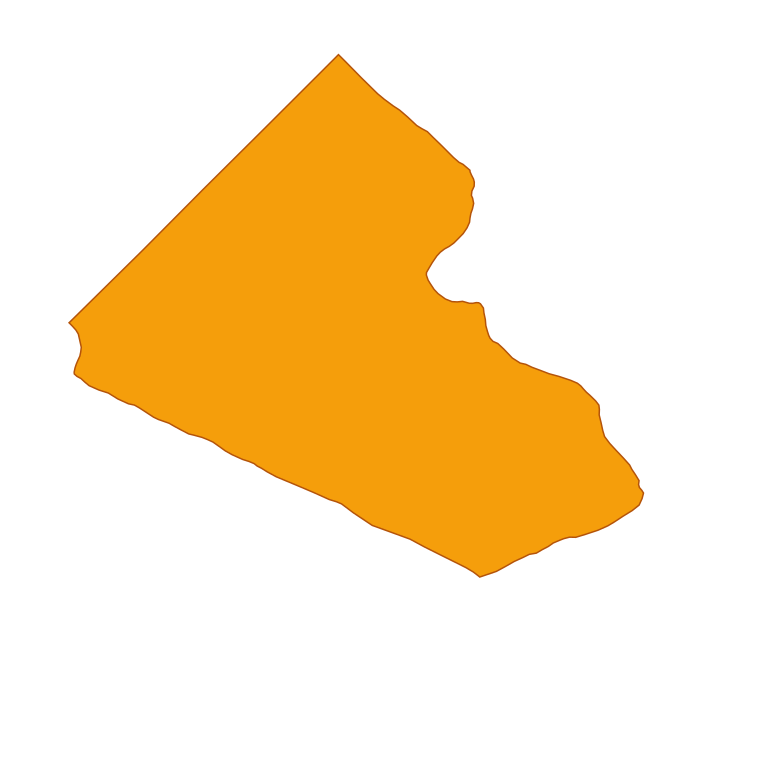 Woleu, Wouleu-Ntem, Gabon (orthographic projection), rotated 45°
{"feature_id": "22940354B4497534497521", "entity_name": "Woleu", "entity_type": "district", "adm_level": 2, "iso_a3": "GAB", "parent_name": "Gabon", "parent_adm1": "Wouleu-Ntem", "projection": "orthographic", "projection_center": [11.911, 1.389], "detail": "fine", "context": "isolated", "style": "filled", "palette": "amber", "viewbox_px": 768, "rotation_deg": 45, "n_neighbors": 0, "source": "geoboundaries", "source_scale": "gbopen_adm2", "svg_char_len": 2414}
<svg xmlns="http://www.w3.org/2000/svg" viewBox="0 0 768 768"><g transform="rotate(45 384 384)"><path d="M118.9,183.3L118.9,201.0L118.8,289.7L118.5,374.1L118.8,460.2L118.0,563.4L122.3,563.4L128.0,563.7L132.5,564.8L137.1,567.7L144.0,572.1L146.9,575.8L149.2,579.3L150.9,583.9L152.4,587.6L154.1,591.0L156.5,594.7L157.9,595.9L161.5,595.7L165.9,594.4L171.3,594.2L176.7,593.7L186.8,589.8L195.5,585.3L206.3,582.8L217.3,578.7L222.4,575.4L227.8,573.9L237.8,571.8L244.5,570.4L249.6,568.6L254.6,566.2L259.6,563.8L266.2,562.0L272.6,560.1L281.2,557.4L285.6,554.7L293.1,550.4L298.7,548.0L304.1,546.0L311.1,544.8L319.1,543.5L326.6,541.4L337.4,537.3L343.4,534.2L348.5,532.1L352.3,531.7L357.0,530.2L363.2,528.8L373.4,525.8L394.8,517.0L410.4,510.7L427.0,504.4L433.6,500.9L438.7,498.8L453.6,496.7L475.7,492.3L494.5,483.5L512.1,475.3L528.1,470.5L546.1,464.5L560.4,459.7L572.1,455.8L575.4,455.0L580.0,453.8L586.9,452.9L588.2,452.8L596.0,437.0L598.8,427.5L601.6,417.3L604.9,408.5L607.2,401.7L611.3,395.9L613.0,389.3L615.1,382.6L616.1,376.7L619.0,369.6L620.5,366.2L623.5,361.1L628.0,356.8L632.9,347.6L638.7,336.1L642.6,325.9L644.4,318.7L646.5,308.5L649.0,298.0L650.0,289.2L647.5,282.5L644.6,277.6L641.5,276.9L637.8,276.6L635.1,275.1L632.7,272.0L625.7,270.3L619.6,269.1L615.0,267.6L606.0,267.1L595.1,266.8L585.6,266.4L577.1,265.2L571.7,262.3L564.9,257.9L558.0,253.7L554.3,249.7L550.9,247.0L545.5,246.3L537.5,246.4L533.0,246.7L528.3,246.5L524.6,246.2L520.2,246.7L513.4,249.4L507.8,252.2L502.4,254.9L493.5,260.0L485.2,263.7L476.9,267.5L470.4,269.8L465.5,272.9L456.3,274.9L443.9,274.6L435.8,274.9L430.9,276.8L426.6,276.6L423.7,275.6L420.0,273.7L414.7,270.7L410.1,266.8L404.3,263.0L400.6,260.0L395.5,259.1L393.5,259.6L391.6,261.3L389.7,264.2L387.2,266.6L381.1,270.0L377.8,274.1L373.8,277.7L367.3,280.5L358.3,281.9L352.5,281.7L345.2,280.2L341.6,279.3L336.9,277.0L335.2,275.1L333.8,270.0L332.3,264.1L330.8,256.1L330.6,251.1L331.3,245.7L332.8,240.6L333.7,234.8L333.7,228.5L333.6,221.6L332.3,214.9L330.1,209.1L327.5,205.9L324.7,201.8L322.7,197.6L319.7,192.9L315.2,189.9L312.5,188.9L309.7,185.4L309.0,183.4L307.9,180.4L305.1,177.4L302.4,175.8L298.1,174.4L294.8,173.1L293.6,172.1L284.6,172.8L280.3,174.2L273.0,174.7L268.3,174.7L255.9,174.7L244.0,174.9L236.2,174.9L230.2,176.7L224.4,178.1L212.0,178.5L201.4,179.3L193.7,180.9L182.8,182.5L174.1,183.3L151.2,183.5L130.5,183.3L118.9,183.3Z" fill="#f59e0b" stroke="#b45309" stroke-width="1.5"/></g></svg>